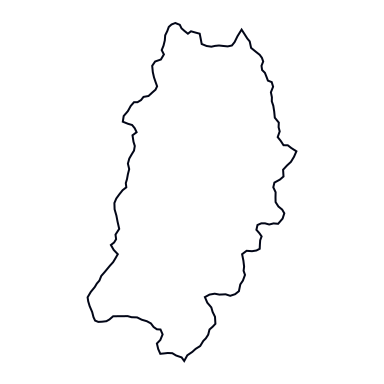 the district of Guiricema, Minas Gerais, Brazil
{"feature_id": "56859067B41378341459748", "entity_name": "Guiricema", "entity_type": "district", "adm_level": 2, "iso_a3": "BRA", "parent_name": "Brazil", "parent_adm1": "Minas Gerais", "projection": "robinson", "projection_center": [-42.701, -21.017], "detail": "fine", "context": "isolated", "style": "outline", "palette": "ink", "viewbox_px": 384, "rotation_deg": 0, "n_neighbors": 0, "source": "geoboundaries", "source_scale": "gbopen_adm2", "svg_char_len": 2567}
<svg xmlns="http://www.w3.org/2000/svg" viewBox="0 0 384 384"><path d="M168.8,26.9L167.3,31.0L165.2,35.3L164.8,40.4L163.5,45.7L161.7,50.1L163.9,54.4L160.9,59.5L155.1,61.5L152.2,65.8L152.8,72.1L154.0,77.4L155.6,82.1L157.1,86.3L155.5,89.7L152.3,92.5L148.5,96.0L143.5,96.9L141.0,100.1L137.5,102.2L134.0,102.2L130.7,106.0L127.9,111.1L123.7,116.0L122.8,121.7L128.0,123.8L132.1,125.0L134.7,128.2L136.6,132.2L132.5,135.3L133.5,141.8L134.8,146.0L134.0,150.6L131.6,154.5L129.3,158.5L127.9,163.6L129.2,169.1L127.9,174.2L127.0,179.1L125.8,183.1L126.3,187.3L122.6,190.2L119.2,194.5L116.3,198.5L114.4,203.0L114.6,209.3L116.4,215.6L117.5,221.4L119.2,228.9L115.5,234.6L116.1,239.2L114.1,242.5L110.9,245.0L113.7,249.9L117.8,254.2L115.5,258.2L113.1,262.2L110.0,265.6L107.6,268.5L104.8,271.9L101.3,275.9L99.4,280.6L96.8,283.6L94.8,287.0L90.8,291.9L87.6,297.3L88.2,301.3L89.6,306.0L92.2,312.1L93.5,317.2L95.1,320.6L98.3,321.9L102.1,321.7L106.4,321.2L109.4,319.5L113.1,316.3L118.8,316.2L123.4,316.2L127.6,316.1L131.5,317.2L137.1,317.4L141.7,319.7L146.8,321.2L150.9,323.4L153.6,327.0L156.9,329.3L160.5,329.5L162.6,334.4L160.3,340.0L156.9,343.5L158.2,349.0L160.3,353.8L164.3,353.4L167.7,353.0L172.3,353.2L176.1,355.5L181.6,357.4L184.2,361.0L187.3,355.3L192.3,351.9L195.6,348.9L200.2,346.0L203.3,340.9L205.8,338.4L208.2,334.7L209.5,329.5L212.7,326.7L215.4,323.8L215.0,316.8L212.6,311.9L211.3,307.4L207.3,302.7L204.9,297.1L209.5,294.6L214.7,293.7L219.4,294.6L225.6,294.3L230.2,295.8L235.1,294.2L238.9,291.2L240.3,284.4L242.9,280.6L245.0,274.9L243.6,270.8L244.1,266.6L243.4,260.7L242.1,254.2L246.6,250.8L252.0,251.2L256.4,250.5L259.7,248.8L259.9,244.4L260.2,240.2L261.6,236.4L259.4,233.2L256.4,229.8L257.5,225.0L261.4,223.3L264.9,223.3L269.2,224.5L273.6,223.4L278.1,223.8L282.6,218.6L284.3,213.3L282.2,209.6L278.4,206.5L275.6,202.1L275.5,197.6L275.6,192.2L273.3,187.3L274.4,182.6L279.9,179.6L283.5,176.5L283.1,169.7L287.1,165.4L290.9,161.9L294.0,156.8L296.4,151.3L291.4,148.1L287.8,145.3L283.5,145.2L280.8,141.0L277.7,137.1L279.7,131.4L278.6,127.2L278.8,122.6L274.8,117.7L274.2,111.5L273.3,105.8L271.8,101.3L271.9,97.3L270.9,92.3L273.1,86.7L271.7,82.1L267.9,80.6L266.4,76.6L264.9,72.8L262.1,70.0L261.5,65.8L263.2,61.5L261.9,57.8L259.7,54.8L255.9,51.8L251.1,47.9L249.7,41.4L247.3,38.5L244.5,34.1L241.6,29.6L237.5,36.2L234.6,42.1L231.9,45.5L227.7,46.4L223.6,46.0L219.0,45.5L215.0,45.9L211.4,46.7L206.6,46.0L201.7,44.0L200.7,38.7L199.7,33.7L195.6,32.6L191.0,31.3L187.9,33.7L184.4,30.9L181.5,28.3L179.8,24.8L175.2,23.0L171.5,24.5L168.8,26.9Z" fill="none" stroke="#020617" stroke-width="2"/></svg>